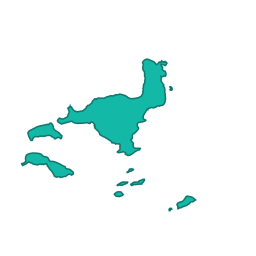 the district of Palm Island, Queensland, Australia, rotated 293°
{"feature_id": "25037944B36323732446250", "entity_name": "Palm Island", "entity_type": "district", "adm_level": 2, "iso_a3": "AUS", "parent_name": "Australia", "parent_adm1": "Queensland", "projection": "robinson", "projection_center": [146.576, -18.75], "detail": "fine", "context": "isolated", "style": "filled", "palette": "teal", "viewbox_px": 256, "rotation_deg": 293, "n_neighbors": 0, "source": "geoboundaries", "source_scale": "gbopen_adm2", "svg_char_len": 5752}
<svg xmlns="http://www.w3.org/2000/svg" viewBox="0 0 256 256"><g transform="rotate(293 128 128)"><path d="M112.0,141.6L112.9,140.3L113.8,139.6L116.1,138.9L117.9,135.4L118.8,135.1L119.3,135.9L120.3,136.0L122.6,134.9L124.0,134.8L126.2,136.3L130.9,138.0L131.7,138.0L132.6,137.3L133.0,136.2L134.2,135.4L135.8,134.9L137.1,135.5L139.4,139.1L141.2,141.1L141.8,141.4L142.2,141.3L142.4,138.8L142.6,138.2L144.6,137.5L146.0,137.3L152.9,138.4L152.7,139.0L153.2,138.9L153.5,139.2L154.3,139.4L154.9,140.5L155.9,141.2L156.5,143.6L157.1,144.5L157.7,144.7L158.0,145.4L159.5,146.3L160.4,147.6L160.4,148.4L161.4,149.3L162.2,150.6L163.5,151.7L166.1,152.0L166.3,151.8L169.4,151.2L174.2,148.7L176.1,147.3L176.9,147.4L177.4,147.1L179.6,145.7L180.2,144.2L181.6,144.2L183.9,140.3L188.4,138.4L188.2,139.1L188.6,139.8L190.2,141.0L190.1,141.9L190.3,142.3L192.0,142.1L194.1,140.9L194.7,140.1L194.5,138.7L195.2,136.8L197.5,136.1L198.2,134.2L199.7,133.6L200.0,136.3L199.9,137.4L200.2,138.1L200.6,138.2L202.6,138.6L203.1,138.3L203.5,137.7L203.0,136.4L203.7,136.1L202.5,134.6L202.5,133.8L203.0,132.7L201.5,132.6L201.4,131.7L201.0,131.1L200.6,130.8L200.2,130.9L198.6,130.3L197.6,129.4L197.7,128.7L198.7,127.0L199.1,125.8L199.1,119.5L198.5,118.0L197.6,117.1L196.1,116.2L195.0,115.9L193.6,116.0L192.9,116.8L191.6,117.7L189.8,117.8L188.3,118.5L187.1,119.4L186.1,121.3L184.5,121.9L183.9,122.4L182.3,122.9L180.5,124.5L178.5,124.8L176.6,125.7L175.6,125.7L174.7,125.4L174.3,125.7L173.7,125.5L172.9,125.6L172.1,126.2L170.2,126.3L169.0,127.2L167.5,127.3L166.8,127.9L165.8,128.0L165.7,128.2L163.4,127.8L162.9,128.1L161.7,127.2L160.2,125.9L158.0,122.9L156.6,120.3L156.0,118.7L156.0,115.9L156.4,115.0L156.8,112.1L156.5,111.8L156.5,109.5L155.9,107.0L154.4,105.4L154.1,104.3L153.4,103.1L152.9,103.1L151.8,101.9L151.1,100.3L150.9,99.2L150.3,98.8L148.0,95.9L147.1,95.4L145.6,93.4L145.3,92.3L144.7,91.2L144.3,89.7L143.8,88.7L142.9,87.9L142.2,88.0L141.9,87.4L142.1,86.4L141.8,85.9L138.4,84.7L137.2,85.0L136.6,84.8L133.6,83.2L133.2,82.7L133.2,82.3L132.2,82.0L131.4,81.4L129.8,81.7L127.2,80.2L126.3,79.9L123.3,75.4L122.9,74.4L122.9,71.6L124.3,68.7L125.3,67.8L125.2,66.7L125.5,66.4L125.1,66.5L125.0,66.0L124.6,66.0L124.6,65.8L123.7,65.4L123.2,65.0L122.8,64.9L122.3,65.2L122.2,65.9L121.5,66.1L121.0,66.8L119.3,67.8L116.8,67.6L114.8,68.0L111.1,65.0L110.4,63.5L110.3,61.3L110.0,60.8L109.4,60.5L107.3,60.2L106.5,60.7L106.2,61.3L105.6,65.1L111.9,73.0L112.2,73.7L111.8,76.3L112.2,78.8L112.7,80.2L115.1,85.1L117.1,88.5L117.1,89.1L116.9,89.3L117.1,90.7L117.4,91.3L118.9,91.4L119.4,92.8L119.0,94.3L118.1,96.0L117.7,96.2L117.3,95.9L116.8,96.1L116.6,97.1L116.3,97.3L115.7,97.0L115.1,97.3L113.0,102.7L110.9,104.8L110.4,108.1L110.4,111.0L110.1,111.8L110.0,114.2L109.6,114.4L109.7,114.8L109.2,117.7L108.0,119.3L108.7,120.3L108.7,122.4L108.4,122.8L108.8,123.1L110.0,126.6L109.4,127.5L107.7,127.7L105.6,129.0L104.5,128.8L101.8,127.5L101.6,127.6L101.6,129.1L104.3,133.0L104.4,134.5L104.1,135.3L103.7,135.5L103.8,135.7L102.9,135.7L102.7,137.1L102.9,137.9L102.6,138.7L103.8,140.5L107.0,142.7L109.1,143.8L110.9,145.3L112.4,147.1L114.0,147.4L114.1,147.1L112.2,142.6L112.0,141.6ZM61.2,64.4L62.1,65.2L62.4,65.9L62.9,66.0L63.2,67.4L62.5,67.8L61.2,69.2L61.2,69.9L59.6,71.7L58.3,74.9L55.4,78.8L55.0,78.9L54.7,80.3L55.0,81.1L54.9,81.7L56.1,82.9L56.1,85.1L56.7,85.7L57.2,86.9L58.4,88.0L59.0,89.5L62.0,91.2L62.8,92.6L62.6,94.5L64.2,95.6L65.5,95.2L66.1,94.3L67.1,91.1L67.1,89.7L66.5,87.9L66.5,86.6L68.0,85.0L67.7,83.9L67.9,81.2L68.2,80.6L68.3,75.8L68.2,73.2L67.7,71.1L67.0,70.1L67.2,68.5L69.2,66.0L69.5,65.1L69.4,63.5L68.9,62.0L68.9,60.9L69.9,58.7L69.9,56.5L68.9,53.0L67.7,50.0L66.1,47.5L64.5,45.8L63.2,45.1L62.3,45.3L61.5,45.1L59.5,45.7L57.8,46.8L57.4,46.8L55.5,46.2L54.5,45.2L53.9,44.2L53.4,44.1L52.3,45.6L54.6,47.8L56.5,48.9L57.9,50.1L58.0,53.7L57.8,54.4L57.8,55.7L58.1,56.3L58.4,58.3L59.1,59.7L60.1,60.7L60.7,62.6L61.3,63.5L61.2,64.4ZM90.7,60.3L90.2,61.2L90.2,63.3L90.0,64.0L89.4,64.5L89.5,65.1L90.3,65.9L92.0,66.9L92.3,69.0L91.8,70.1L92.2,70.6L93.4,70.7L95.1,70.1L95.4,68.6L96.6,66.6L97.4,61.6L98.1,60.0L100.3,58.5L101.7,57.1L102.4,55.7L102.2,54.7L101.6,54.0L100.3,53.7L99.5,51.7L99.2,51.5L95.4,46.0L93.8,44.1L86.8,38.2L84.3,37.7L81.4,40.1L79.4,42.4L78.7,43.4L78.9,44.4L79.5,44.9L80.7,44.5L82.9,45.1L83.7,45.9L84.5,47.5L85.0,49.2L85.9,49.9L86.3,50.7L86.8,51.7L86.7,52.3L87.3,52.9L87.7,53.8L87.8,54.5L89.1,55.9L90.4,58.3L90.7,60.3ZM82.8,207.4L81.4,206.5L79.8,204.4L78.0,203.0L77.3,203.2L76.6,203.0L75.1,204.6L74.6,204.7L73.9,205.4L73.2,205.4L73.4,206.0L74.2,206.3L74.7,206.9L75.5,208.2L76.8,209.0L77.2,209.6L77.8,210.1L79.7,212.4L81.3,213.2L81.7,213.7L84.0,214.5L84.6,214.9L85.2,215.9L85.3,216.5L88.2,218.3L89.2,214.9L89.3,213.8L89.0,211.5L88.6,210.1L88.6,209.2L87.2,208.2L86.6,208.2L82.8,207.4ZM77.0,152.7L76.5,153.7L76.6,154.1L78.5,155.8L78.8,156.9L80.2,159.4L80.9,160.3L81.3,161.9L81.9,162.6L82.6,162.6L83.4,162.8L83.6,163.1L85.6,163.5L86.7,163.5L87.2,163.2L86.7,161.9L86.1,161.5L83.7,158.9L82.5,158.8L82.3,158.2L81.8,157.8L81.2,156.2L80.4,154.6L79.4,153.8L78.7,153.7L77.6,152.7L77.0,152.7ZM60.6,144.2L61.4,145.7L61.3,146.6L63.7,149.2L64.9,149.6L66.4,146.4L65.5,144.0L64.8,142.9L62.1,141.3L61.5,141.4L60.8,142.9L60.6,144.2ZM70.9,140.9L71.8,141.9L73.3,145.5L74.5,146.1L74.9,146.9L76.6,148.5L77.6,149.0L78.1,148.8L76.1,144.2L75.1,143.0L73.9,142.3L73.5,141.7L72.4,141.5L71.9,140.6L71.0,140.5L70.9,140.9ZM91.9,147.4L90.7,145.4L89.2,145.5L87.8,145.0L87.1,144.4L86.7,144.6L87.5,145.7L88.7,146.3L89.4,147.6L91.7,149.3L92.1,148.5L91.9,147.4ZM182.7,151.1L182.4,150.5L182.2,150.4L181.5,151.4L180.4,152.1L179.6,151.7L179.5,152.4L179.7,153.1L180.4,153.7L182.0,153.0L182.7,151.1ZM68.0,198.3L68.4,199.0L69.6,199.2L70.5,200.0L70.9,199.5L70.9,198.7L70.0,197.7L68.8,197.7L68.0,198.3Z" fill="#14b8a6" stroke="#0f766e" stroke-width="1.5"/></g></svg>